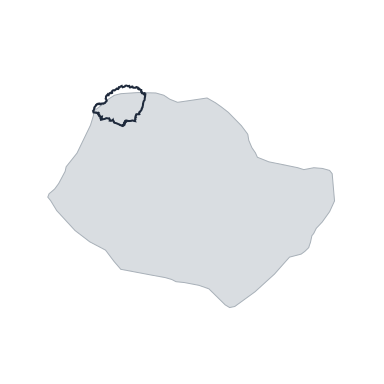 location of Sanqebethu, Mokhotlong, Lesotho, rotated 253°
{"feature_id": "5366337B9113351497763", "entity_name": "Sanqebethu", "entity_type": "district", "adm_level": 2, "iso_a3": "LSO", "parent_name": "Lesotho", "parent_adm1": "Mokhotlong", "projection": "equal_earth", "projection_center": [29.193, -29.287], "detail": "fine", "context": "in_parent", "style": "outline", "palette": "slate", "viewbox_px": 384, "rotation_deg": 253, "n_neighbors": 0, "source": "geoboundaries", "source_scale": "gbopen_adm2", "svg_char_len": 6457}
<svg xmlns="http://www.w3.org/2000/svg" viewBox="0 0 384 384"><g transform="rotate(253 192 192)"><path d="M241.0,258.6L231.9,261.9L230.6,262.2L224.8,261.4L217.0,262.2L210.9,264.1L206.1,264.7L198.4,274.3L184.4,300.1L180.7,305.5L179.6,315.6L176.4,323.6L172.4,329.9L168.5,331.4L156.8,328.9L141.8,325.7L133.0,317.9L125.2,307.7L121.0,300.3L116.7,296.2L115.2,293.9L109.1,290.5L106.7,288.7L104.7,287.4L102.2,282.5L100.7,278.2L101.2,266.2L96.9,259.1L89.4,246.9L84.7,236.9L78.2,223.2L74.2,211.6L70.0,199.4L70.5,194.2L74.4,190.7L85.7,184.6L94.5,179.8L100.8,171.2L107.6,158.3L110.9,150.5L114.3,147.0L117.9,141.5L124.2,129.3L131.3,115.8L138.9,101.3L148.5,97.1L161.7,92.3L174.3,79.6L189.3,68.9L213.7,57.2L225.0,54.3L229.3,52.6L232.1,54.8L235.0,61.5L239.1,67.0L248.8,76.7L252.9,79.0L262.8,93.4L273.4,103.2L285.6,114.5L293.9,120.1L298.1,121.6L301.7,131.7L305.2,139.1L307.2,146.0L306.8,152.8L302.9,169.4L297.3,186.3L292.8,193.3L287.3,197.8L282.0,204.4L279.9,218.0L277.5,233.9L270.5,240.5L265.1,244.7L257.6,250.0L241.0,258.6Z" fill="#d9dde1" stroke="#a8b0b8" stroke-width="1"/><path d="M297.6,175.4L298.1,175.4L298.6,175.7L298.6,175.1L298.8,175.1L299.0,175.4L299.4,175.5L299.6,175.7L300.3,175.7L300.5,175.4L300.4,175.1L300.0,174.3L300.2,174.2L300.6,173.8L300.9,173.3L301.1,173.5L301.4,173.4L301.6,173.5L301.7,173.4L302.0,173.4L302.1,172.9L302.5,172.6L302.8,172.6L303.9,173.2L304.2,173.1L304.4,173.2L304.6,172.7L304.8,172.4L305.3,172.3L305.7,172.1L305.7,171.2L305.9,171.1L306.0,171.0L306.1,170.9L306.3,171.2L306.5,171.3L306.9,171.3L307.0,170.7L307.8,170.6L307.8,170.2L308.2,170.0L308.2,169.8L308.6,169.6L308.6,169.1L308.2,168.5L308.4,167.7L308.8,166.9L308.8,166.5L309.1,166.1L310.3,165.9L310.4,165.7L310.4,165.3L310.1,164.7L310.0,164.4L310.1,163.3L310.2,163.1L310.6,163.1L311.2,163.1L311.4,163.2L311.9,163.0L311.9,162.2L311.8,161.7L312.2,161.4L312.6,160.9L312.9,160.5L313.0,160.3L313.1,159.3L312.9,159.1L312.6,158.8L312.5,158.4L312.4,157.7L312.5,157.3L312.6,157.0L312.4,156.3L312.7,156.1L313.1,156.1L313.5,155.8L314.0,155.8L313.8,154.6L313.5,154.0L313.5,153.6L313.4,153.2L313.5,153.0L313.1,152.9L313.0,152.4L312.8,152.1L312.5,152.0L312.5,151.7L312.1,151.4L312.2,151.2L312.6,150.9L312.5,150.7L312.8,150.5L312.6,150.2L312.7,149.9L312.3,149.2L312.3,148.8L311.8,148.0L311.8,147.3L311.9,147.1L312.1,147.1L312.3,146.6L312.3,146.1L312.2,145.8L312.0,145.3L311.3,144.8L311.0,144.8L310.9,144.6L310.4,144.7L310.1,144.6L310.1,143.7L310.3,143.7L310.5,143.7L310.8,143.2L310.6,142.5L310.5,141.9L310.4,141.7L310.0,141.5L309.8,140.8L308.9,140.5L309.1,139.6L309.1,139.3L309.6,139.6L309.8,139.6L309.6,139.3L309.2,138.4L308.5,137.7L308.2,137.5L306.8,137.1L306.4,136.7L305.8,137.0L304.8,137.2L304.5,137.2L304.0,137.0L303.8,136.8L303.7,136.1L303.5,135.8L303.2,135.7L303.0,135.3L302.6,134.9L302.4,133.2L302.7,133.1L302.8,133.0L302.8,131.8L303.0,131.6L303.0,131.4L302.5,130.3L302.6,129.9L302.8,129.8L303.1,129.5L303.5,129.5L303.4,129.2L303.2,128.9L303.4,128.2L303.7,128.0L303.9,128.0L303.9,127.6L303.7,127.5L303.5,127.2L303.7,126.7L303.4,126.5L303.3,126.1L302.9,125.7L303.1,125.5L302.6,125.1L302.5,124.8L302.1,124.4L301.9,124.3L301.8,123.8L301.5,123.4L301.0,123.1L300.6,123.1L300.6,122.9L300.1,122.7L299.7,122.5L299.3,122.1L298.9,121.9L298.6,121.4L298.5,121.5L298.4,121.4L297.6,121.0L297.2,121.1L296.9,121.1L296.8,121.5L296.7,121.6L296.7,121.8L296.5,122.1L296.5,122.3L296.3,122.4L296.3,122.7L296.2,122.8L296.0,123.1L295.9,123.2L295.8,123.3L295.9,123.5L295.7,123.6L295.6,123.9L295.5,124.1L295.4,124.2L295.5,124.4L295.2,124.9L295.3,125.6L295.1,125.8L295.0,125.7L294.7,125.7L293.9,125.1L293.7,125.2L293.7,125.5L293.4,125.8L293.2,125.6L293.1,125.2L292.9,125.3L292.8,125.7L292.6,125.8L292.0,125.4L291.7,125.5L291.7,125.9L291.6,126.1L291.3,126.0L290.9,126.1L290.3,126.2L290.0,126.6L289.8,126.6L289.7,126.6L289.7,126.9L289.9,126.9L290.1,127.1L290.1,127.5L290.4,127.6L290.4,127.9L290.0,127.7L289.8,127.4L289.3,127.4L289.0,126.6L289.2,126.4L289.1,126.2L288.8,126.4L288.8,126.7L288.7,126.8L288.4,126.6L288.3,126.9L288.2,127.0L288.1,126.7L288.2,126.4L287.9,126.0L287.7,126.0L287.7,126.3L287.9,126.5L287.6,126.8L287.6,128.2L287.5,128.9L287.5,129.3L287.4,129.8L287.5,130.9L287.7,131.3L287.7,131.6L287.4,132.2L287.1,132.9L286.8,133.4L286.7,133.7L286.7,134.3L285.4,134.6L285.1,134.3L284.7,134.3L284.3,134.5L284.2,134.4L283.9,135.1L283.7,135.3L283.8,136.1L284.1,137.0L283.8,137.3L283.7,137.4L283.8,137.5L283.7,137.5L283.5,137.4L282.8,137.5L282.5,137.7L282.4,137.9L282.0,137.9L281.8,137.7L281.6,137.7L280.9,138.0L280.7,138.3L280.6,138.6L280.2,139.2L280.1,139.5L279.5,140.1L279.4,140.4L279.1,140.7L279.0,140.9L278.5,141.3L278.0,142.1L277.8,142.2L277.3,142.5L277.2,142.9L276.8,143.1L276.7,143.5L276.4,143.8L276.2,144.0L275.8,144.3L275.6,144.5L275.6,144.9L275.3,145.2L275.4,145.5L275.5,145.3L275.9,145.3L276.0,145.0L276.3,144.9L276.4,145.1L276.3,145.4L276.4,146.1L276.3,146.7L276.3,147.0L276.5,147.1L276.7,146.7L276.8,146.7L277.4,146.9L277.9,147.1L278.1,147.2L278.3,147.4L278.3,148.0L278.0,148.1L277.8,147.9L277.7,147.8L277.4,148.1L277.6,148.2L277.8,148.3L277.9,148.1L278.1,148.3L278.2,149.0L278.6,148.9L278.6,149.0L278.9,149.1L279.1,148.9L279.2,148.7L279.3,148.6L279.5,148.7L279.6,148.9L279.7,149.7L279.6,149.9L279.5,149.7L279.3,149.8L279.5,150.2L279.3,150.4L279.2,150.3L278.9,150.6L278.7,150.9L278.7,151.3L278.6,151.5L278.6,151.4L278.6,151.7L278.4,152.0L278.4,152.3L278.1,153.1L278.1,153.3L278.0,153.6L278.0,153.9L277.9,154.2L277.8,154.9L277.9,155.1L277.9,155.3L277.7,156.3L277.3,156.7L277.3,156.9L277.0,157.3L276.9,157.6L276.7,157.7L276.5,158.1L276.9,158.0L277.1,158.0L277.4,158.5L277.5,158.5L277.8,158.7L278.0,158.9L278.0,159.1L278.7,159.1L279.0,159.4L279.3,159.3L279.6,159.4L279.9,159.7L280.0,160.1L280.5,159.9L280.9,160.1L280.9,160.3L281.2,160.4L281.4,160.7L281.7,160.8L281.8,161.0L282.5,161.3L282.5,161.5L282.6,161.8L282.3,162.5L282.1,163.5L281.8,163.9L281.8,164.2L282.1,164.1L282.5,164.5L282.9,164.6L283.0,164.5L283.2,164.8L283.3,164.8L283.6,164.9L283.6,165.0L283.7,165.4L283.9,165.4L284.1,165.6L284.2,165.9L284.2,166.1L284.4,166.3L284.4,166.5L284.6,166.8L284.9,167.2L285.1,167.5L285.4,167.6L285.5,167.8L285.9,168.2L286.5,168.3L286.6,168.6L286.8,168.8L286.9,168.7L287.0,168.8L287.4,169.3L287.7,169.6L288.0,169.6L288.3,169.8L288.5,170.0L289.2,170.4L289.5,170.5L289.8,170.7L290.1,170.7L290.3,170.9L290.8,171.0L291.1,171.1L291.3,171.4L291.5,171.5L292.3,171.9L293.1,172.5L293.6,173.4L293.8,173.5L295.3,174.2L295.7,174.2L296.3,174.7L297.0,175.0L297.6,175.4Z" fill="none" stroke="#1e293b" stroke-width="2"/></g></svg>